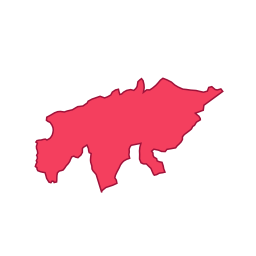 outline of Melaka Tengah, Melaka, Malaysia, rotated 143°
{"feature_id": "92858781B41999482633518", "entity_name": "Melaka Tengah", "entity_type": "district", "adm_level": 2, "iso_a3": "MYS", "parent_name": "Malaysia", "parent_adm1": "Melaka", "projection": "albers", "projection_center": [102.271, 2.246], "detail": "fine", "context": "isolated", "style": "filled", "palette": "rose", "viewbox_px": 256, "rotation_deg": 143, "n_neighbors": 0, "source": "geoboundaries", "source_scale": "gbopen_adm2", "svg_char_len": 2697}
<svg xmlns="http://www.w3.org/2000/svg" viewBox="0 0 256 256"><g transform="rotate(143 128 128)"><path d="M30.3,100.2L30.3,103.3L33.9,104.7L35.3,106.4L36.2,110.6L39.1,111.8L42.4,109.7L46.1,111.1L48.7,114.1L51.1,117.0L55.1,120.5L58.2,123.6L60.8,126.0L63.4,130.7L64.8,134.2L65.7,138.5L67.9,143.0L70.2,146.7L73.3,146.7L77.3,145.8L80.1,145.3L84.4,145.1L87.7,145.3L90.1,147.2L93.8,147.2L94.3,147.2L91.7,149.6L90.8,150.5L89.1,153.1L87.5,156.7L87.5,159.3L89.6,159.3L92.2,159.0L95.7,155.7L97.9,154.8L100.7,154.5L102.8,157.1L106.4,158.8L109.9,159.3L112.7,159.0L114.4,159.7L113.2,162.8L112.3,164.7L115.1,165.9L118.9,166.1L121.9,164.7L125.5,165.2L128.6,166.1L131.2,170.1L139.2,172.7L143.7,173.4L145.6,172.5L150.8,172.7L155.3,175.3L157.6,175.6L161.4,176.0L166.4,178.2L169.2,179.1L172.0,181.9L174.4,183.4L177.5,184.3L181.9,184.8L185.8,185.4L186.4,185.5L187.6,184.2L188.5,183.3L188.0,181.5L186.8,179.3L187.0,176.0L187.7,173.4L189.0,171.2L190.5,169.7L192.7,168.0L194.2,167.4L196.1,166.8L198.2,166.9L200.0,167.2L200.7,168.9L202.4,169.8L204.7,170.7L206.3,171.8L208.3,172.7L210.0,172.2L209.5,170.4L210.7,169.5L212.1,168.6L213.4,166.6L213.9,164.7L215.3,162.1L217.4,161.2L217.7,159.7L218.7,158.2L221.0,157.0L221.1,155.5L223.3,154.4L225.2,153.0L224.6,151.2L225.4,149.9L225.7,148.2L224.3,145.9L222.8,144.1L221.1,142.3L222.1,139.6L223.3,136.7L223.7,132.3L222.5,130.7L220.7,131.3L219.5,130.2L219.8,128.9L217.5,127.9L216.2,129.3L214.8,131.1L213.3,132.9L211.3,134.7L208.8,135.0L206.8,134.1L205.1,133.5L203.0,134.0L200.1,135.0L197.3,135.5L194.7,136.4L192.4,137.8L190.2,138.8L188.2,138.1L187.4,136.3L185.8,134.4L183.8,134.6L182.0,134.7L179.1,136.0L176.7,139.1L175.2,139.4L171.1,139.1L171.9,135.5L173.1,133.5L173.8,131.7L172.8,129.8L174.7,127.8L176.0,126.4L177.3,124.9L178.4,123.1L179.7,119.5L181.4,116.9L181.7,114.8L181.5,112.1L181.4,110.0L187.8,92.4L186.7,93.6L181.5,93.8L174.6,91.5L170.1,90.5L168.7,93.4L168.5,96.2L166.4,97.9L163.0,99.7L159.3,101.4L156.2,103.1L153.1,104.0L151.0,104.2L147.9,103.8L144.9,102.8L143.4,106.1L141.3,108.2L139.9,110.4L138.0,111.6L135.9,112.3L126.9,108.0L130.2,105.4L132.6,102.8L134.5,100.0L137.5,96.2L138.5,92.4L137.3,90.1L134.9,88.2L134.5,85.1L134.0,82.0L134.9,78.3L135.4,76.1L135.4,74.5L133.1,73.5L130.2,73.1L127.1,71.4L125.0,70.5L124.1,73.8L122.7,76.6L121.5,80.1L123.4,82.3L124.5,84.2L123.6,86.3L124.8,89.1L124.5,91.0L123.1,93.1L123.1,95.3L120.1,95.5L117.0,92.0L115.3,89.1L112.5,86.8L109.7,87.5L106.1,85.6L101.9,83.5L99.5,84.2L97.2,84.4L94.1,84.9L91.5,86.0L89.8,88.2L87.0,88.9L83.2,88.9L80.2,88.9L77.8,89.1L75.4,90.3L73.3,90.1L71.6,90.8L69.8,91.5L65.3,91.0L64.6,92.2L64.3,94.8L65.0,97.4L65.3,99.3L57.2,96.9L53.7,100.5L30.3,100.2Z" fill="#f43f5e" stroke="#9f1239" stroke-width="1.5"/></g></svg>